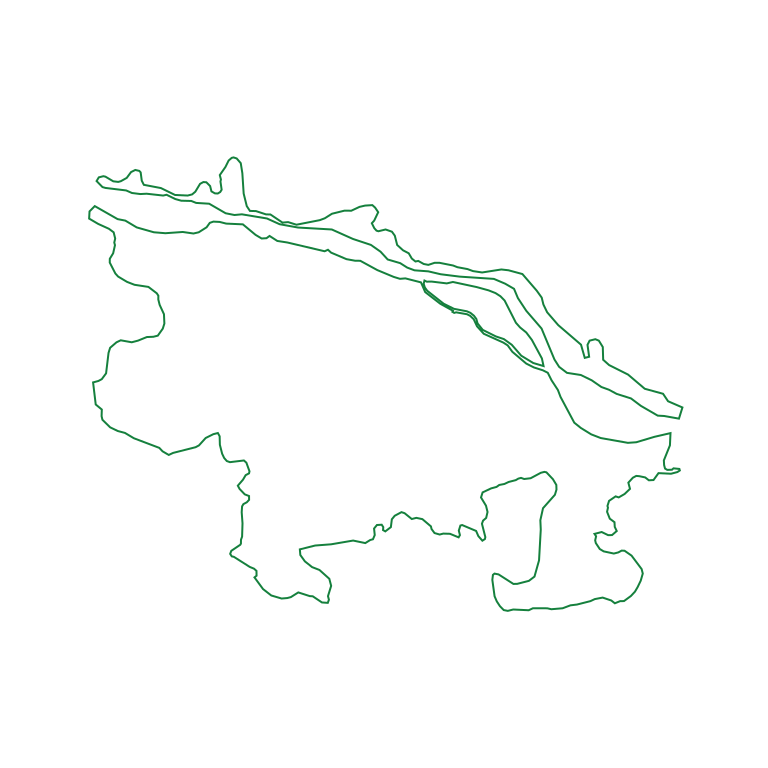 Biba, Bani Suwayf, Egypt, rotated 257°
{"feature_id": "37247803B33717646792475", "entity_name": "Biba", "entity_type": "district", "adm_level": 2, "iso_a3": "EGY", "parent_name": "Egypt", "parent_adm1": "Bani Suwayf", "projection": "mercator", "projection_center": [30.97, 28.949], "detail": "fine", "context": "isolated", "style": "outline", "palette": "green", "viewbox_px": 768, "rotation_deg": 257, "n_neighbors": 0, "source": "geoboundaries", "source_scale": "gbopen_adm2", "svg_char_len": 6155}
<svg xmlns="http://www.w3.org/2000/svg" viewBox="0 0 768 768"><g transform="rotate(257 384 384)"><path d="M224.7,214.3L211.4,220.0L203.3,226.6L198.0,236.0L197.2,241.6L197.3,245.3L200.2,253.6L194.0,264.0L193.2,266.8L185.1,274.4L183.4,280.0L186.2,281.8L189.9,281.7L199.2,287.1L206.5,286.9L217.3,279.3L221.8,272.7L229.0,267.0L236.2,264.0L241.8,264.8L242.1,280.6L239.7,296.4L238.4,318.7L233.2,330.0L235.1,335.5L235.2,338.3L238.9,341.0L245.4,341.8L248.2,345.4L247.4,350.1L244.7,351.1L241.9,350.2L240.1,352.1L243.0,358.5L250.4,361.2L253.2,364.8L255.2,372.2L253.5,375.0L246.2,380.7L246.3,385.4L243.7,391.0L234.7,397.7L232.0,397.7L227.4,399.7L224.8,404.4L224.9,408.1L223.2,414.6L217.8,422.2L219.7,424.0L224.3,423.9L228.9,426.6L229.0,428.4L220.1,440.7L214.6,441.7L209.2,444.6L210.2,447.4L212.0,448.3L225.8,448.0L228.6,449.8L230.5,453.4L236.0,456.1L242.5,456.0L251.6,453.0L256.2,455.7L258.2,464.9L258.4,470.5L259.7,473.6L259.5,478.8L260.5,483.4L260.7,490.8L261.6,493.6L261.7,496.4L259.9,499.2L259.2,505.7L262.2,516.8L262.3,520.5L261.4,522.4L253.2,527.2L246.9,529.2L242.3,528.3L237.6,525.6L227.2,511.0L216.1,505.7L206.9,504.0L177.3,495.4L162.5,487.3L159.6,480.9L159.3,468.8L160.1,465.1L172.7,452.8L174.4,449.0L173.5,447.2L168.8,445.5L152.3,444.0L146.8,445.0L141.4,447.0L136.8,449.8L135.1,453.6L135.2,459.2L131.0,474.1L132.0,478.7L128.7,492.7L126.9,496.4L125.3,507.6L126.4,515.9L125.7,522.4L126.0,536.3L127.0,541.0L126.7,549.0L121.9,556.8L118.4,559.6L119.3,565.2L118.5,569.0L121.9,576.9L125.2,581.8L129.0,585.4L134.6,589.9L141.1,593.5L145.7,593.4L161.1,586.6L167.4,580.9L168.2,578.1L167.2,574.4L167.1,569.8L171.5,560.4L174.7,557.1L181.4,554.6L184.2,554.6L187.9,556.4L190.6,555.4L190.8,562.8L186.3,568.4L185.5,572.2L188.4,577.7L192.9,576.7L197.5,577.5L202.0,573.7L209.3,572.6L213.1,574.4L214.9,574.3L219.5,577.0L222.4,584.4L220.7,587.2L222.7,593.7L226.5,600.1L232.9,599.9L236.7,605.4L237.7,609.1L236.8,611.9L234.2,617.5L230.6,620.4L229.8,625.0L235.4,631.4L232.0,643.5L232.2,650.0L233.2,652.8L234.8,652.7L236.7,647.1L235.7,645.3L236.6,640.7L238.4,638.8L242.0,638.7L246.6,639.5L259.9,648.8L271.7,652.1L271.7,635.7L270.5,616.7L271.8,608.4L282.6,583.0L288.3,574.6L296.9,565.9L303.5,560.7L331.7,553.1L339.0,552.1L349.9,548.1L358.1,546.1L361.6,541.9L366.4,533.8L371.9,527.2L386.5,516.3L393.8,513.2L397.5,509.6L410.5,492.5L419.3,487.6L426.9,486.0L431.0,483.3L433.3,480.6L437.6,470.4L437.5,468.4L438.9,466.9L439.8,467.7L449.5,456.9L464.3,444.8L474.7,442.9L482.1,428.6L482.9,423.2L486.2,417.5L496.5,403.1L509.4,388.6L510.6,383.6L514.1,375.5L523.9,362.0L527.4,359.6L526.7,356.0L543.6,321.7L547.4,312.2L554.0,305.8L552.5,302.3L553.3,297.5L558.2,292.4L571.3,282.4L575.8,266.3L578.9,260.3L580.6,254.3L580.2,250.5L576.6,246.4L573.5,237.6L573.5,232.2L577.4,222.1L580.1,204.9L583.6,193.9L592.2,178.3L601.4,168.7L604.6,161.5L622.4,142.2L618.4,135.9L611.5,133.9L604.3,141.5L597.1,150.9L592.6,154.7L586.2,154.8L582.5,153.0L579.8,153.1L572.3,149.5L567.7,145.0L564.0,144.1L552.1,147.1L548.5,149.1L541.3,156.6L536.8,163.2L531.6,176.3L523.5,183.0L520.8,184.0L517.1,183.1L511.6,183.2L501.5,185.3L492.3,183.6L487.7,180.9L482.0,174.5L481.9,169.9L483.1,163.5L481.6,154.1L481.4,147.6L485.8,137.3L484.8,132.7L480.9,125.3L476.3,122.6L456.9,115.6L452.2,110.1L451.2,106.4L451.0,100.9L428.9,98.5L422.6,103.3L416.2,101.6L412.5,101.6L403.4,107.4L398.1,114.0L394.6,120.6L387.4,128.1L372.3,150.7L368.2,153.1L363.3,158.3L364.3,163.0L364.8,186.2L365.8,189.9L371.5,198.1L373.5,206.4L373.6,211.1L370.0,212.1L361.7,210.4L352.5,210.6L347.9,211.6L344.3,213.5L342.5,216.3L341.0,230.3L338.3,232.2L329.2,233.3L327.3,232.4L326.3,228.7L322.5,225.1L317.8,218.7L314.2,219.7L307.8,223.5L305.2,227.3L301.5,226.5L299.6,223.7L298.6,220.0L296.7,218.2L291.1,216.5L280.1,214.8L267.2,211.4L264.4,209.6L260.7,208.7L259.7,207.8L255.8,197.7L253.1,195.9L250.3,196.9L249.4,198.8L236.0,212.0L233.3,215.8L230.6,217.7L225.9,216.7L224.7,214.3ZM294.0,669.5L303.3,656.9L311.7,653.7L320.7,637.0L338.3,623.9L351.8,607.6L358.3,603.0L370.8,605.5L377.9,603.1L380.1,600.0L380.0,594.1L376.4,591.1L364.4,590.0L364.3,585.5L378.0,584.8L402.2,567.0L417.2,559.1L425.6,557.2L432.7,557.1L440.6,553.8L460.0,543.6L466.8,530.9L469.2,524.1L470.6,504.7L474.0,496.1L477.2,491.2L481.3,481.8L483.9,478.0L489.7,465.1L490.7,460.5L490.1,454.0L492.0,449.7L496.2,445.1L496.3,442.2L500.0,439.3L505.8,437.5L510.0,432.6L516.5,428.1L526.1,427.9L530.6,426.0L534.2,420.3L534.1,412.9L535.1,411.2L538.0,409.6L543.4,408.3L545.4,411.2L552.7,417.0L557.9,415.0L560.9,412.9L562.1,405.7L562.1,400.0L560.2,391.1L561.8,384.5L561.6,371.6L558.8,363.6L558.1,358.3L558.9,334.5L563.3,327.0L564.1,321.4L574.7,311.5L575.8,307.2L581.3,298.1L582.8,292.3L588.2,290.3L601.1,290.1L621.3,293.4L631.4,294.1L636.9,291.2L638.6,288.4L638.6,286.5L636.7,282.9L631.1,278.3L624.5,271.0L619.9,271.1L618.1,270.2L609.8,269.5L607.9,267.6L607.0,264.9L607.8,262.1L610.5,259.2L616.0,259.1L620.5,256.3L621.4,253.4L620.4,249.8L613.8,243.4L611.9,239.7L611.8,235.1L615.2,222.9L625.1,210.7L632.1,194.8L636.6,193.7L644.9,194.5L646.7,193.5L648.5,189.8L647.4,185.2L642.7,179.7L640.8,173.2L640.7,170.5L642.4,165.8L648.7,159.2L649.6,157.3L649.5,152.6L646.4,149.6L639.2,154.0L637.7,156.7L630.6,176.3L626.8,181.4L623.9,189.3L622.8,195.5L617.3,211.2L617.3,214.7L611.2,222.2L608.2,227.7L605.7,237.4L602.7,241.7L599.0,254.2L586.0,268.1L582.3,276.3L581.3,283.7L571.6,307.2L563.2,318.2L555.8,335.4L546.3,367.9L532.3,386.4L522.5,402.5L513.7,410.4L504.5,415.6L498.1,427.0L492.2,432.8L487.9,439.3L483.8,452.5L478.2,463.9L471.6,481.9L461.7,514.7L454.5,524.6L447.5,532.1L437.6,533.8L423.3,539.1L402.6,550.0L369.5,555.6L361.3,558.5L353.7,564.8L348.5,577.8L340.9,587.2L332.2,595.1L327.8,601.9L322.0,608.5L314.4,621.4L304.9,629.4L291.6,643.6L289.8,649.8L283.9,663.6L294.0,669.5ZM448.8,460.2L441.5,469.1L436.2,481.1L433.9,484.2L430.3,487.0L426.6,488.6L422.0,488.8L414.5,492.4L405.2,503.7L400.8,510.9L393.5,517.3L380.7,524.1L370.9,534.1L365.6,543.5L373.4,543.6L393.7,538.0L402.2,534.2L408.5,529.3L414.0,526.3L438.2,520.3L443.3,517.2L447.5,513.1L451.7,507.0L457.6,496.1L467.9,474.1L467.9,467.8L473.1,453.4L474.1,448.7L475.7,446.7L472.7,445.2L468.9,445.5L465.1,447.1L448.8,460.2Z" fill="none" stroke="#15803d" stroke-width="2"/></g></svg>